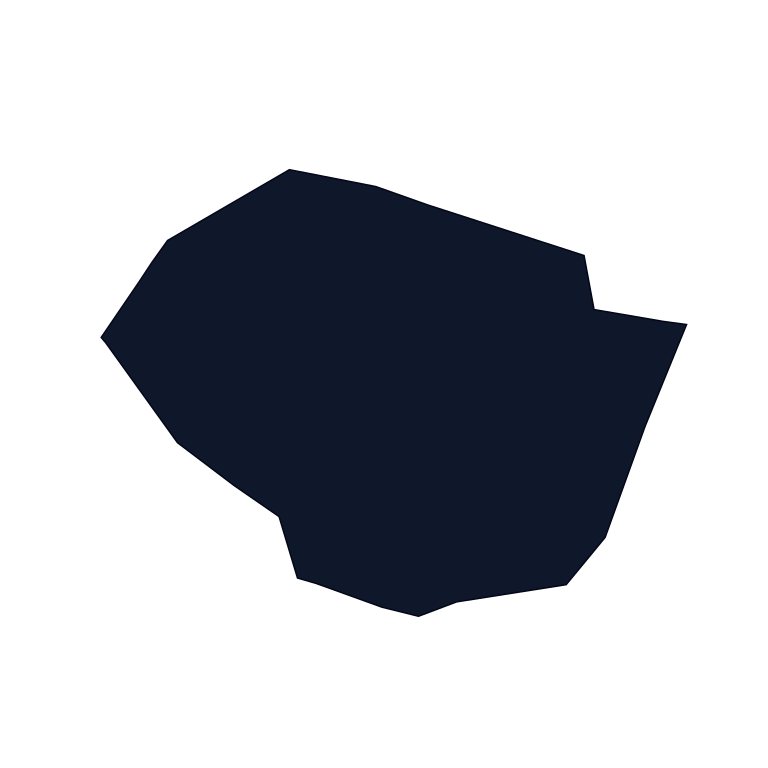 the district of Govi-Ugtaal, Dundgovi, Mongolia, rotated 120°
{"feature_id": "93677404B40733241475211", "entity_name": "Govi-Ugtaal", "entity_type": "district", "adm_level": 2, "iso_a3": "MNG", "parent_name": "Mongolia", "parent_adm1": "Dundgovi", "projection": "mercator", "projection_center": [107.52, 45.999], "detail": "fine", "context": "isolated", "style": "filled", "palette": "ink", "viewbox_px": 768, "rotation_deg": 120, "n_neighbors": 0, "source": "geoboundaries", "source_scale": "gbopen_adm2", "svg_char_len": 471}
<svg xmlns="http://www.w3.org/2000/svg" viewBox="0 0 768 768"><g transform="rotate(120 384 384)"><path d="M595.3,361.9L590.7,343.3L578.3,274.1L567.9,238.0L536.4,212.2L466.7,125.9L406.3,115.8L290.2,136.7L181.2,151.7L190.4,174.1L214.5,239.3L172.7,275.0L207.2,436.3L217.1,489.8L245.7,573.1L367.9,643.2L394.7,645.8L418.2,647.2L485.1,652.2L487.5,645.5L494.9,629.1L538.1,533.5L546.9,462.9L551.3,408.6L595.3,361.9Z" fill="#0f172a" stroke="#020617" stroke-width="1.5"/></g></svg>